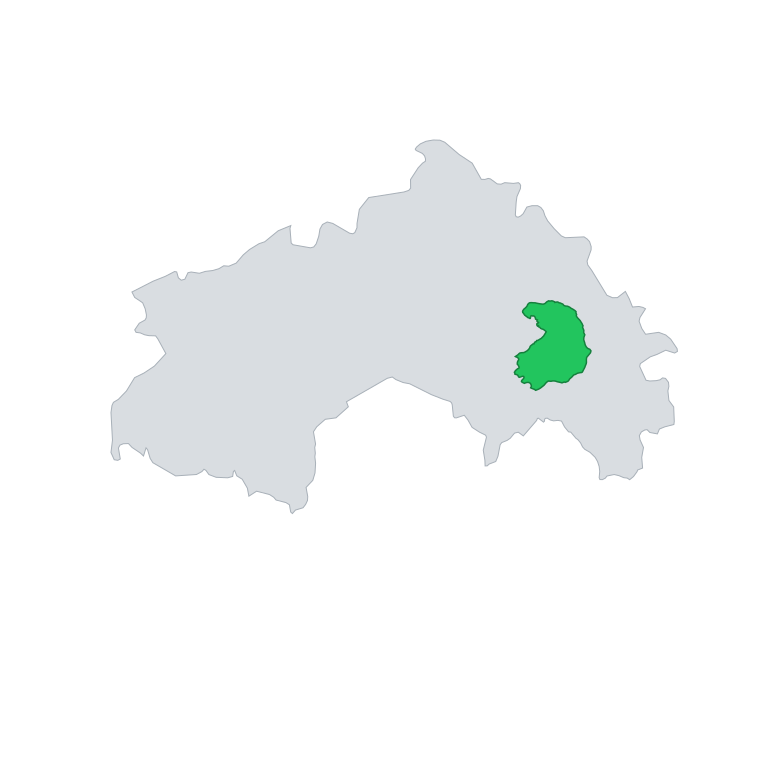 Kerouane, Kérouané, Guinea shown in context, rotated 330°
{"feature_id": "49546643B6018429350706", "entity_name": "Kerouane", "entity_type": "district", "adm_level": 2, "iso_a3": "GIN", "parent_name": "Guinea", "parent_adm1": "Kérouané", "projection": "orthographic", "projection_center": [-9.183, 9.346], "detail": "fine", "context": "in_parent", "style": "filled", "palette": "green", "viewbox_px": 768, "rotation_deg": 330, "n_neighbors": 0, "source": "geoboundaries", "source_scale": "gbopen_adm2", "svg_char_len": 6761}
<svg xmlns="http://www.w3.org/2000/svg" viewBox="0 0 768 768"><g transform="rotate(330 384 384)"><path d="M462.4,494.4L456.7,493.6L454.2,494.7L446.6,503.5L442.0,507.0L435.0,505.9L432.5,506.5L430.6,505.5L433.2,500.6L436.9,490.9L446.2,481.2L446.4,479.1L442.6,473.4L438.6,465.6L438.7,457.3L437.9,451.2L429.7,449.5L428.2,448.5L428.0,446.5L432.7,436.1L433.1,434.0L432.5,432.1L427.5,426.7L419.7,416.9L406.3,396.6L401.3,392.3L396.5,386.1L394.7,382.1L389.7,380.7L342.6,380.6L341.7,385.9L325.5,389.3L315.5,385.2L304.4,387.4L299.0,390.1L294.7,401.8L292.3,404.3L289.9,409.6L287.7,412.5L285.2,418.3L279.8,426.5L274.2,431.8L264.8,434.6L261.7,443.3L259.5,446.6L255.9,449.1L252.0,450.7L244.3,448.9L239.9,450.4L239.2,448.2L241.7,441.3L239.8,437.7L232.5,430.5L231.9,427.0L229.6,422.5L220.0,413.1L210.9,413.6L213.6,405.9L213.6,395.6L210.6,389.9L211.4,384.2L209.8,384.5L206.7,388.4L201.8,387.1L192.0,380.9L187.1,374.9L186.6,369.8L185.5,367.8L182.5,368.8L176.3,368.6L157.6,359.4L144.5,336.6L144.3,331.5L146.4,322.7L146.0,320.3L139.7,326.1L138.6,322.2L134.1,313.0L132.9,307.8L128.4,305.4L124.8,304.9L122.0,306.6L118.1,317.1L115.3,317.0L112.5,314.7L113.3,306.8L120.7,297.0L133.3,272.2L137.7,266.6L140.5,264.6L146.2,264.5L157.4,261.3L171.2,253.8L181.7,254.5L194.1,253.7L210.3,248.6L210.7,231.8L210.3,228.1L204.6,224.6L201.3,221.7L198.5,217.9L195.1,215.3L195.2,212.5L202.4,209.0L209.0,209.1L211.2,207.8L212.8,205.4L214.8,199.4L215.6,193.0L211.4,184.4L211.7,178.3L235.3,179.5L248.3,181.4L258.9,181.9L260.5,183.3L259.0,189.2L260.3,192.7L263.9,193.7L269.9,189.6L273.0,190.6L279.5,195.8L285.7,197.2L292.4,200.1L298.7,201.6L304.3,201.5L308.5,204.4L316.4,205.4L326.7,201.8L334.7,200.3L345.9,200.0L351.8,201.2L369.0,198.4L382.5,200.2L380.4,202.2L374.1,215.5L374.8,217.9L388.4,229.3L391.7,230.2L395.4,228.7L401.4,223.4L406.0,217.8L410.5,215.1L415.8,215.3L419.9,219.3L429.6,236.2L432.1,238.3L434.4,238.3L438.7,235.2L440.9,231.5L450.0,220.4L464.0,214.9L497.3,227.7L502.2,228.7L505.0,227.7L509.2,220.2L521.8,213.8L527.8,212.0L531.2,211.8L532.5,209.8L533.2,206.7L532.5,203.5L528.6,197.8L528.5,196.2L530.7,195.1L535.5,194.2L541.7,194.8L548.6,197.3L554.3,200.8L557.5,205.0L563.8,222.8L570.8,236.8L570.6,255.4L573.7,257.3L577.1,258.1L578.7,259.6L582.1,267.3L585.3,269.5L589.2,270.0L596.4,275.0L601.1,276.9L601.7,278.4L601.6,280.4L599.8,283.0L592.8,288.2L589.4,292.6L582.3,303.2L582.1,305.2L583.6,306.6L586.5,306.8L589.7,306.1L596.2,302.2L601.4,303.6L606.3,306.5L608.1,309.6L608.6,313.6L607.5,318.8L607.3,324.6L609.0,334.5L611.6,344.4L614.2,348.0L630.8,356.6L632.4,359.9L633.2,363.5L632.1,368.6L630.4,371.4L621.3,379.1L620.0,382.8L620.7,389.6L621.4,418.6L625.0,423.5L629.3,425.9L639.3,424.5L639.0,432.6L637.7,441.6L643.5,444.3L646.5,447.1L648.1,449.6L638.9,454.4L636.3,457.2L635.0,464.8L635.4,471.7L647.7,476.6L652.5,482.4L654.7,488.5L655.5,499.9L654.4,502.5L651.2,502.5L644.9,495.6L635.3,494.9L628.2,493.6L616.2,494.5L614.2,496.6L612.8,511.8L615.7,514.3L621.4,517.2L625.2,518.4L628.3,518.0L630.6,519.9L631.2,524.8L629.5,528.5L626.4,531.9L622.5,540.7L623.4,548.7L616.7,561.5L614.8,564.0L605.8,561.5L600.0,560.7L595.8,563.9L590.0,558.9L589.0,555.1L586.8,554.2L582.9,554.2L579.3,556.4L577.8,560.5L577.0,568.7L570.5,576.4L565.9,586.1L560.6,585.3L559.4,586.4L553.8,588.9L548.9,589.7L547.6,587.1L544.8,585.0L541.7,580.9L538.1,577.5L531.2,575.2L528.5,576.2L525.3,576.0L523.2,574.7L523.5,572.7L527.1,567.6L529.1,563.0L530.2,557.9L530.2,553.1L528.3,546.3L525.2,540.9L524.5,537.7L524.8,533.3L524.1,529.1L523.1,527.0L521.7,519.1L519.9,517.7L518.9,511.4L519.2,504.9L516.5,502.5L512.4,500.7L509.9,498.2L508.4,495.3L506.9,494.5L505.6,494.7L504.4,496.4L503.1,496.8L500.6,490.8L499.6,490.5L497.9,491.9L478.7,498.6L476.2,492.9L472.5,491.8L466.2,494.1L462.4,494.4Z" fill="#d9dde1" stroke="#a8b0b8" stroke-width="1"/><path d="M585.9,418.2L586.5,417.3L586.0,415.7L585.5,414.7L584.9,413.5L584.0,412.2L583.3,410.5L582.4,409.1L581.5,408.1L580.3,407.4L579.1,406.0L578.8,404.2L578.1,403.3L577.6,402.6L577.0,401.8L576.3,401.4L575.6,400.0L574.9,399.5L572.8,398.8L573.0,398.4L571.8,396.7L571.0,395.9L569.2,395.2L568.2,394.3L566.2,394.2L563.7,394.8L561.8,394.5L559.9,393.1L558.3,391.8L556.9,390.6L555.4,389.2L554.2,388.5L552.0,387.0L550.4,386.4L548.3,386.9L546.9,388.0L545.6,388.5L544.0,388.9L542.6,389.1L541.1,389.8L540.4,390.3L539.9,391.5L540.1,392.2L540.2,393.1L540.2,393.9L540.3,394.8L540.7,395.6L540.9,396.2L541.2,396.9L541.4,397.2L541.7,398.3L542.3,398.9L543.1,400.2L543.5,400.3L544.5,399.2L545.2,398.5L546.1,398.7L546.8,399.5L547.7,399.8L548.0,400.5L548.3,401.8L547.7,403.6L548.8,405.1L548.3,405.3L548.0,406.0L547.8,406.5L548.4,407.4L548.6,408.0L547.8,408.3L546.9,408.3L546.3,408.4L546.1,408.9L545.9,409.4L545.8,410.0L545.9,410.4L546.2,410.3L546.8,410.4L547.0,410.7L546.4,411.4L546.6,412.0L546.9,412.4L547.3,412.9L547.4,413.4L547.4,414.0L547.7,414.5L548.1,415.1L549.1,416.1L549.6,417.0L550.1,418.2L550.5,419.4L550.6,419.9L547.8,421.4L546.4,422.2L544.9,422.6L543.1,423.1L540.8,423.1L539.3,423.2L538.0,422.7L536.8,423.4L536.1,423.1L535.2,423.3L534.4,423.8L534.1,424.2L532.9,423.8L531.9,424.0L530.4,424.2L529.4,424.5L528.3,425.5L526.7,426.3L524.6,426.8L523.1,426.8L521.5,426.8L520.5,426.6L519.8,426.2L518.4,425.5L517.0,425.1L515.8,425.3L514.9,425.6L514.1,425.7L511.5,425.9L511.9,426.6L512.7,427.4L512.7,427.5L513.3,429.2L512.8,430.3L512.0,430.7L510.9,431.4L510.2,432.1L509.7,432.8L509.5,433.3L509.3,433.6L509.6,434.6L509.5,436.9L508.7,437.7L507.2,437.6L505.1,438.0L504.1,438.3L503.5,438.8L502.8,439.0L502.7,440.1L502.3,441.0L502.9,441.6L503.2,441.8L503.9,442.7L504.3,443.5L504.2,444.0L504.1,444.9L504.4,445.8L505.8,446.2L506.8,446.3L507.9,446.6L508.7,447.2L508.7,448.1L508.3,448.6L507.6,449.0L506.6,449.4L505.3,449.7L504.4,450.3L504.3,450.9L504.6,451.7L505.2,452.6L505.5,453.0L505.9,453.6L507.3,453.8L508.8,454.2L510.2,455.1L511.0,456.4L511.1,457.8L510.6,459.5L509.8,460.2L509.1,460.6L509.5,461.3L511.7,464.0L512.1,465.2L512.2,465.3L515.7,465.8L517.8,465.7L521.9,465.1L525.5,463.8L527.8,463.6L529.9,465.1L531.9,465.8L533.8,467.1L535.1,468.6L537.2,470.5L538.7,472.0L541.1,472.4L541.8,473.2L543.0,473.4L544.6,473.6L545.5,473.4L547.4,472.4L549.1,472.1L550.5,471.8L552.8,471.0L554.6,471.4L556.9,471.4L558.5,471.9L559.6,472.3L560.7,472.8L561.4,472.9L561.9,472.7L562.2,472.6L562.7,472.2L566.2,470.0L567.2,469.1L568.0,468.5L569.4,467.4L569.7,467.0L570.2,466.4L571.3,464.3L572.6,462.5L572.8,462.3L574.9,461.5L578.4,460.2L579.4,459.2L579.8,458.8L579.6,456.9L578.1,454.8L577.7,452.8L577.8,450.8L578.2,449.3L578.5,448.3L578.7,447.3L579.1,445.5L580.3,443.7L580.6,443.4L582.5,441.8L582.6,439.4L583.9,437.4L584.3,434.2L585.5,433.0L585.5,432.1L585.7,430.6L585.6,429.0L585.6,427.4L585.3,425.9L584.9,424.3L584.6,422.6L584.6,421.7L584.6,421.1L585.6,420.0L585.7,418.5L585.9,418.2Z" fill="#22c55e" stroke="#15803d" stroke-width="1.5"/></g></svg>